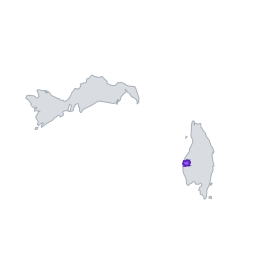 Dungun, Terengganu, Malaysia (highlighted), rotated 205°
{"feature_id": "92858781B15989569853600", "entity_name": "Dungun", "entity_type": "district", "adm_level": 2, "iso_a3": "MYS", "parent_name": "Malaysia", "parent_adm1": "Terengganu", "projection": "natural_earth1", "projection_center": [103.127, 4.682], "detail": "fine", "context": "in_parent", "style": "filled", "palette": "violet", "viewbox_px": 256, "rotation_deg": 205, "n_neighbors": 0, "source": "geoboundaries", "source_scale": "gbopen_adm2", "svg_char_len": 5025}
<svg xmlns="http://www.w3.org/2000/svg" viewBox="0 0 256 256"><g transform="rotate(205 128 128)"><path d="M215.4,127.2L214.1,126.9L212.2,125.6L210.3,125.1L204.8,125.1L204.0,124.7L202.9,125.5L201.0,124.8L199.9,124.9L198.7,125.7L197.0,125.0L196.1,126.2L195.0,126.9L193.9,130.1L193.6,133.9L193.9,136.2L193.3,137.5L193.1,140.2L192.7,141.4L191.1,141.9L190.4,141.5L189.1,143.1L188.7,143.8L188.7,146.4L189.7,147.2L189.7,147.7L187.5,149.9L185.5,151.1L185.2,152.2L186.0,154.5L185.7,155.6L184.6,156.1L183.9,159.0L182.9,160.9L182.6,161.1L181.2,160.5L176.0,161.3L174.5,162.8L173.0,163.8L171.8,162.9L171.2,162.9L166.4,161.3L166.2,159.9L165.7,159.6L160.6,159.7L157.5,161.2L156.4,164.9L154.7,165.3L153.5,166.6L151.3,166.4L150.0,166.8L147.8,166.2L145.8,166.1L139.4,168.4L137.4,166.8L131.1,160.2L130.3,159.1L130.1,157.0L129.4,156.7L129.1,156.1L129.0,155.5L130.0,153.9L131.0,156.0L132.5,157.2L135.2,158.0L137.7,157.7L141.3,159.9L142.4,160.2L143.6,160.1L145.8,161.7L147.2,161.8L145.4,160.7L145.1,159.8L145.3,158.8L146.4,157.5L146.6,155.5L147.4,153.5L147.6,152.5L147.0,151.8L146.8,150.6L147.3,148.8L148.5,149.7L149.5,149.5L149.5,146.4L150.2,145.0L151.4,144.1L163.4,140.9L165.4,140.2L166.7,139.2L171.0,132.6L176.2,126.3L176.8,124.1L176.8,122.5L177.1,122.2L177.6,122.0L178.8,122.8L179.4,123.4L180.4,126.1L181.5,126.2L183.1,128.7L183.5,129.0L184.0,128.9L185.3,127.2L185.7,126.0L185.4,125.8L186.0,124.4L185.5,123.6L185.0,120.4L188.0,118.1L188.0,120.7L188.9,124.5L190.4,125.0L191.2,124.8L190.7,123.7L190.6,121.4L190.2,120.0L189.2,118.1L191.7,117.7L193.6,115.7L193.9,114.5L192.7,113.7L192.2,112.8L192.2,111.7L194.1,109.4L194.4,110.0L195.6,110.2L196.2,110.2L197.1,109.2L197.5,107.8L199.0,105.9L199.9,102.8L203.6,97.9L206.6,92.1L207.2,92.5L207.4,94.1L206.8,96.9L208.1,96.2L210.4,92.3L211.8,93.0L211.7,94.0L212.2,96.0L216.0,98.5L216.6,101.0L215.7,102.0L216.1,104.4L215.8,105.2L214.5,105.9L217.9,105.2L219.9,103.8L221.1,106.1L219.2,107.1L219.6,108.1L221.5,107.5L222.6,106.7L223.7,106.8L225.4,107.8L226.0,108.3L226.3,109.5L227.6,109.9L230.2,111.5L232.6,111.5L233.4,112.3L233.4,114.4L232.1,115.6L227.2,117.3L225.9,117.3L224.1,116.6L222.8,117.0L222.0,119.0L223.5,121.0L226.0,123.1L226.4,123.6L225.9,124.6L220.1,126.2L218.9,126.1L216.7,125.1L215.4,127.2ZM27.7,98.9L28.3,96.0L29.2,95.9L30.1,97.6L33.1,98.8L34.1,98.4L34.5,98.7L34.9,99.1L35.8,101.4L37.7,101.4L37.9,105.0L37.0,106.3L36.9,107.3L38.3,108.9L39.2,108.5L39.9,107.0L43.1,105.6L44.4,107.2L45.6,107.2L46.5,106.6L47.2,104.7L48.5,103.2L49.0,101.4L50.8,101.9L51.5,102.3L53.6,106.1L56.4,108.8L58.4,110.3L59.7,111.8L63.1,118.7L63.5,121.0L63.7,124.4L63.1,129.6L62.5,132.2L62.6,133.4L63.5,135.3L63.2,137.1L63.3,142.6L64.4,144.6L67.4,147.0L71.7,157.7L72.5,160.7L72.1,161.9L71.3,162.2L70.6,161.6L70.2,160.1L69.2,158.9L69.3,161.0L67.4,160.8L66.1,161.1L64.5,162.6L63.8,162.6L62.5,159.9L57.5,156.8L55.7,156.1L53.7,153.7L49.4,151.2L46.7,148.7L45.5,147.1L42.7,145.7L41.5,144.1L40.3,143.2L40.9,141.7L40.3,138.6L38.3,135.9L37.4,134.0L35.5,132.1L34.0,129.8L34.9,129.0L33.4,126.5L32.9,124.7L33.0,121.2L31.4,116.3L30.1,109.6L30.4,107.2L30.1,104.6L27.7,98.9ZM210.5,89.9L209.9,90.5L209.7,88.7L210.6,87.8L211.8,87.6L211.9,89.2L211.6,89.6L210.5,89.9ZM24.7,98.6L25.5,99.9L24.9,100.7L24.5,100.5L23.6,101.1L22.7,99.8L22.6,99.2L23.7,99.3L24.7,98.6ZM148.9,149.1L148.6,149.2L148.1,148.8L148.0,145.0L148.3,144.7L148.8,145.4L148.9,149.1ZM30.0,111.8L29.2,113.6L28.4,113.4L28.5,111.3L29.0,111.0L30.0,111.8ZM218.8,127.0L217.3,127.3L216.2,127.2L216.4,126.2L216.9,126.1L218.8,127.0ZM71.8,145.1L71.0,145.2L70.8,144.7L71.4,143.4L71.8,145.1ZM40.5,141.9L40.0,142.2L40.0,141.4L40.4,141.0L40.5,141.9Z" fill="#d9dde1" stroke="#a8b0b8" stroke-width="1"/><path d="M56.9,120.8L57.0,121.0L57.2,121.3L57.2,121.5L57.3,121.6L57.4,121.8L57.1,121.8L57.1,122.0L57.3,122.1L57.2,122.3L56.9,122.4L56.9,122.5L57.0,122.8L57.0,123.1L57.3,123.3L57.3,123.5L57.5,123.5L57.8,123.5L58.0,123.7L58.2,123.4L58.3,123.4L58.5,123.5L58.7,123.8L58.7,124.0L58.8,124.2L58.8,124.3L58.9,124.2L59.0,124.1L59.1,123.9L59.2,124.0L59.3,124.0L59.3,123.9L59.4,124.0L59.5,124.1L59.7,123.9L59.8,123.8L60.0,123.8L60.1,124.0L60.3,124.1L60.3,123.9L60.5,123.8L60.5,123.7L60.6,123.4L60.8,123.3L60.9,123.2L60.9,123.3L61.0,123.4L61.0,123.5L61.3,123.6L61.6,123.6L61.7,123.4L61.7,123.2L61.8,123.0L61.8,122.9L61.8,122.7L61.8,122.4L62.0,122.3L62.1,122.2L62.2,121.9L62.3,121.9L62.4,122.0L62.5,122.1L62.8,122.0L63.2,122.0L63.5,121.9L63.3,121.4L63.3,121.2L63.4,120.9L63.4,120.7L63.2,119.9L63.2,119.7L63.3,119.6L63.2,119.3L63.2,119.2L62.8,118.4L62.7,118.5L62.4,118.7L62.2,118.6L62.0,118.4L61.9,118.4L61.8,118.5L61.7,118.5L61.7,118.4L61.5,118.2L61.1,118.0L61.1,117.4L61.0,117.5L60.9,117.5L60.7,117.9L60.6,117.7L60.4,117.5L60.2,117.6L59.9,117.6L59.7,117.6L59.6,117.8L59.5,118.0L59.5,118.3L59.5,118.5L59.4,118.6L59.2,118.6L59.0,118.8L58.9,118.9L58.7,118.9L58.4,119.0L58.2,119.1L57.9,119.2L57.7,119.1L57.4,119.3L57.5,119.3L57.5,119.5L57.4,119.7L57.4,119.8L57.5,119.9L57.4,120.0L57.2,120.1L56.9,120.3L57.0,120.3L57.0,120.5L56.9,120.8L56.9,120.8Z" fill="#8b5cf6" stroke="#5b21b6" stroke-width="1.5"/></g></svg>